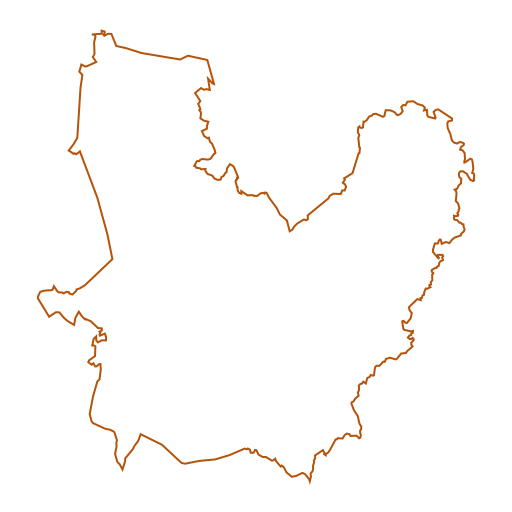 the district of La Manzanilla de la Paz, Jalisco, Mexico
{"feature_id": "50627088B53940802277719", "entity_name": "La Manzanilla de la Paz", "entity_type": "district", "adm_level": 2, "iso_a3": "MEX", "parent_name": "Mexico", "parent_adm1": "Jalisco", "projection": "equal_earth", "projection_center": [-103.078, 20.026], "detail": "fine", "context": "isolated", "style": "outline", "palette": "amber", "viewbox_px": 512, "rotation_deg": 0, "n_neighbors": 0, "source": "geoboundaries", "source_scale": "gbopen_adm2", "svg_char_len": 6016}
<svg xmlns="http://www.w3.org/2000/svg" viewBox="0 0 512 512"><path d="M122.5,469.5L125.2,460.9L125.2,458.4L132.9,449.1L134.4,446.0L138.2,440.9L140.7,434.2L162.0,444.8L181.5,462.9L185.1,463.7L199.5,460.9L215.2,459.4L229.8,455.0L244.6,448.6L246.8,449.2L247.7,448.5L249.9,449.6L250.8,452.8L253.7,452.7L255.1,449.9L256.5,450.3L258.5,454.6L262.7,457.0L265.9,457.0L271.8,460.6L273.5,460.3L275.1,458.7L276.0,461.0L279.9,465.7L280.9,466.6L281.7,465.6L283.7,467.0L286.5,472.4L291.9,476.8L296.2,475.9L302.4,472.9L304.8,474.0L306.4,475.6L309.1,479.2L309.8,481.3L310.9,476.8L310.6,473.6L312.6,471.1L313.2,468.3L312.9,466.3L314.2,462.0L313.9,460.6L315.2,458.0L315.0,455.5L322.9,450.1L324.4,452.8L324.2,454.2L325.7,455.3L325.9,453.9L327.8,452.9L329.9,450.1L335.6,439.5L337.0,439.3L337.7,438.2L342.6,438.5L344.7,435.0L346.9,433.6L349.5,434.2L350.4,435.9L356.5,435.7L359.1,438.3L359.9,438.0L360.9,435.7L360.0,431.6L360.3,430.2L361.1,429.5L361.3,426.5L359.5,423.8L357.7,415.9L353.9,410.2L351.4,403.4L351.6,402.4L353.5,401.5L355.2,398.6L358.6,395.8L357.9,392.4L359.1,389.9L358.8,385.5L360.5,383.8L361.9,383.7L363.3,381.6L365.8,383.5L367.3,378.0L369.7,376.9L370.7,375.0L373.2,375.7L374.0,375.2L374.9,368.1L375.5,366.5L377.2,365.7L379.3,365.9L383.3,361.6L384.7,361.8L386.0,358.9L390.0,357.7L395.5,359.4L396.7,359.0L401.2,353.5L405.9,353.0L407.3,351.0L412.6,346.4L411.3,344.6L411.2,343.0L413.7,340.0L413.6,338.9L412.5,337.9L411.3,339.0L409.8,339.0L407.9,337.6L409.4,335.6L411.2,335.0L411.3,333.5L412.9,332.6L413.0,330.9L410.8,331.4L404.2,329.8L403.2,328.5L402.2,321.3L403.5,320.8L405.2,322.6L406.9,323.0L410.6,318.4L411.8,313.1L409.6,310.3L408.9,307.2L417.3,299.1L420.8,300.1L420.5,298.1L422.0,297.7L422.5,295.4L424.0,294.8L424.2,292.3L425.7,288.5L427.1,288.8L430.4,287.2L429.4,286.1L429.4,285.1L431.0,284.5L430.7,282.5L432.3,280.2L432.1,274.8L433.4,273.2L431.8,271.7L431.7,270.1L435.3,267.9L436.6,267.9L437.2,266.6L438.6,266.2L439.2,263.1L440.1,261.5L443.0,260.1L442.2,257.3L443.2,256.2L442.5,254.9L437.9,254.9L437.5,255.7L438.9,257.9L438.4,258.4L432.9,251.9L433.0,249.6L434.9,243.4L437.9,243.5L438.8,240.7L440.0,239.4L440.8,239.9L441.7,243.8L445.9,242.0L449.4,243.1L452.2,239.5L454.9,237.5L460.9,235.4L461.2,233.7L463.7,231.6L464.6,229.7L463.5,226.1L463.5,224.4L461.9,224.0L460.7,222.7L459.5,222.7L457.1,220.1L454.6,219.7L454.1,218.9L454.0,215.7L455.8,216.2L458.1,215.7L458.3,214.7L457.3,213.2L458.7,211.2L458.6,209.8L459.4,208.4L458.1,203.4L455.8,201.1L456.5,194.0L456.2,191.4L454.7,189.6L457.0,188.9L458.6,185.6L460.9,183.4L461.3,178.7L459.5,177.3L458.8,174.9L459.0,173.2L460.3,171.4L462.7,171.2L466.7,173.7L470.2,179.7L472.9,181.0L474.2,180.4L473.8,178.8L474.2,174.7L473.8,173.6L472.2,173.0L473.3,169.0L472.6,161.8L471.8,159.3L470.3,158.7L465.7,162.0L464.4,162.6L464.2,162.0L465.0,158.9L464.6,153.0L462.4,150.2L460.2,149.8L460.8,147.3L463.8,144.9L463.9,143.6L462.8,142.7L459.8,142.0L457.1,143.5L454.4,142.8L452.3,140.9L451.5,139.0L450.5,134.6L447.7,128.0L447.3,123.5L448.2,121.4L452.0,120.5L452.0,118.5L438.3,109.4L435.9,109.8L433.6,111.9L435.6,117.7L435.2,118.5L428.4,116.9L427.3,115.4L426.9,109.8L424.0,110.5L424.9,107.6L422.7,105.5L417.4,104.0L413.5,101.3L407.5,101.7L405.5,105.3L403.3,105.0L401.3,107.0L402.7,111.3L400.6,113.9L398.0,115.2L396.7,114.7L394.6,112.2L390.7,110.4L385.7,110.2L384.3,116.1L382.9,116.8L376.0,113.8L373.1,114.1L372.2,115.4L369.1,116.6L366.7,120.2L364.6,121.8L363.5,121.7L363.0,127.4L361.7,128.0L359.8,127.5L359.5,126.4L358.2,127.5L357.8,132.2L359.3,135.1L358.3,138.0L359.3,147.3L360.0,147.9L359.4,153.2L358.6,153.3L352.5,173.2L344.1,178.4L344.9,179.7L342.8,182.8L345.1,184.5L346.1,186.7L344.7,190.5L342.3,190.4L340.7,194.0L333.3,193.7L329.7,195.9L328.4,198.4L307.7,215.4L307.9,219.1L306.3,220.2L303.8,219.5L297.3,223.5L294.1,226.6L292.4,229.6L289.7,231.3L286.9,220.5L279.9,214.5L276.9,208.3L269.1,197.7L266.5,192.7L264.9,192.6L264.4,193.6L262.9,192.8L260.3,193.5L257.3,195.9L253.8,195.9L252.9,195.1L247.6,195.4L241.3,191.1L241.4,193.8L238.9,192.7L237.6,190.1L237.5,187.1L237.0,187.0L235.5,181.2L236.0,180.0L236.9,179.7L237.0,177.9L238.1,177.9L237.8,176.4L233.8,166.8L231.8,165.2L229.9,164.2L227.0,168.4L226.5,172.3L225.4,172.9L223.4,176.1L221.5,177.0L220.6,179.6L217.7,179.9L214.4,178.5L212.3,175.6L207.5,173.9L205.4,170.9L205.5,169.0L201.1,169.3L200.2,168.4L196.1,167.7L195.2,165.9L194.3,165.8L197.0,161.1L199.3,161.1L200.2,159.8L202.3,159.0L208.1,159.6L210.5,158.8L213.9,154.0L215.4,153.1L214.8,150.2L212.1,143.8L209.9,141.6L208.9,137.7L207.6,138.3L204.1,136.0L201.9,131.1L206.9,128.7L206.9,126.2L208.3,121.7L203.8,120.6L200.4,118.3L201.0,113.8L200.7,111.9L199.3,110.2L200.4,109.1L198.2,103.8L200.3,101.1L195.1,93.0L201.0,88.1L204.1,89.8L206.2,89.1L209.8,89.9L208.1,78.7L212.6,83.5L214.0,84.0L207.3,60.0L187.9,55.7L180.2,59.5L141.4,53.0L125.5,48.0L116.3,46.0L111.4,33.9L108.1,33.8L104.3,35.8L103.6,34.9L104.8,32.5L104.6,31.5L101.6,30.7L101.8,33.7L91.8,34.5L94.4,34.6L95.5,36.5L94.1,42.5L94.5,53.9L92.9,57.1L96.2,62.0L86.8,66.3L85.3,66.5L81.4,64.5L79.3,71.7L82.4,74.9L80.5,87.9L77.3,137.9L73.6,144.1L68.7,150.6L73.9,153.9L74.8,153.3L76.3,154.3L79.9,151.4L97.4,197.9L107.5,234.8L112.4,259.1L85.0,285.2L79.5,288.5L76.5,289.5L76.2,290.9L72.5,294.5L69.4,293.6L69.1,292.3L66.4,291.8L63.7,293.4L61.9,292.4L59.0,292.5L57.3,291.3L53.9,286.2L52.6,289.7L51.6,290.2L44.5,290.6L40.3,291.8L38.3,295.7L37.8,298.2L49.1,316.7L56.0,312.2L59.4,312.4L63.8,317.7L67.7,321.1L74.1,324.9L75.4,317.8L78.8,311.7L82.3,316.8L84.8,319.1L84.9,318.7L90.9,321.3L97.9,328.0L101.8,328.4L101.8,330.5L99.6,331.6L100.4,332.6L99.5,334.5L100.0,335.7L104.9,333.6L106.1,337.1L106.0,340.4L101.8,340.3L97.9,342.4L96.3,340.5L96.2,336.4L93.6,339.0L92.3,345.5L93.6,345.3L95.4,346.4L95.0,356.1L89.1,360.3L88.3,362.2L91.7,364.7L93.4,363.3L95.1,366.4L96.7,366.3L99.0,364.2L100.4,364.0L100.8,369.2L99.5,379.4L97.3,381.6L93.0,396.6L89.7,414.1L91.6,421.4L93.1,423.2L105.6,428.9L110.0,429.7L113.9,431.7L114.6,432.8L116.9,440.2L116.3,443.3L116.6,446.1L115.1,454.0L117.3,461.8L119.7,464.3L122.5,469.5Z" fill="none" stroke="#b45309" stroke-width="2"/></svg>